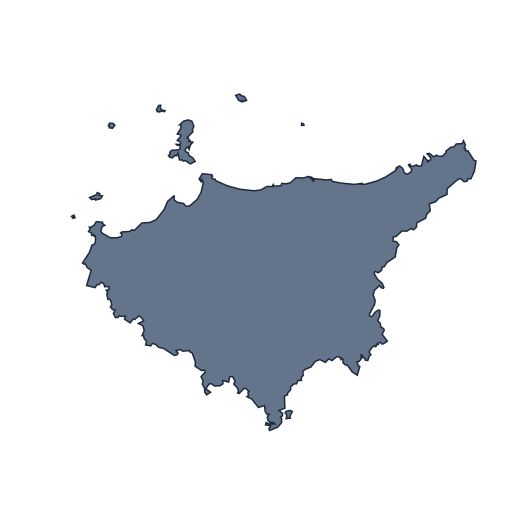 outline of Toscana, Siena, Italy, rotated 105°
{"feature_id": "23120603B95153686365028", "entity_name": "Toscana", "entity_type": "district", "adm_level": 2, "iso_a3": "ITA", "parent_name": "Italy", "parent_adm1": "Siena", "projection": "mercator", "projection_center": [10.807, 43.355], "detail": "fine", "context": "isolated", "style": "filled", "palette": "slate", "viewbox_px": 512, "rotation_deg": 105, "n_neighbors": 0, "source": "geoboundaries", "source_scale": "gbopen_adm2", "svg_char_len": 6132}
<svg xmlns="http://www.w3.org/2000/svg" viewBox="0 0 512 512"><g transform="rotate(105 256 256)"><path d="M131.8,140.5L134.6,143.6L133.8,142.5L134.1,142.0L135.1,142.3L134.7,143.1L137.6,143.5L146.3,151.4L152.5,159.0L158.6,169.4L159.3,172.8L158.1,171.6L161.4,179.6L163.6,192.9L164.2,201.6L162.5,203.1L164.1,206.7L166.4,220.5L165.2,223.4L167.0,221.9L167.0,219.1L167.5,221.2L168.8,218.9L168.6,220.8L165.8,223.6L166.5,223.3L165.8,224.6L166.8,223.6L166.2,224.5L166.8,225.6L165.7,224.7L165.6,226.1L168.3,230.2L170.1,237.7L176.3,241.7L178.6,245.9L179.2,249.9L181.8,250.2L184.1,257.9L181.5,257.6L184.1,258.2L184.7,257.9L185.9,263.4L191.1,268.6L193.6,275.2L195.7,289.1L195.6,301.8L193.7,314.1L192.3,315.6L192.9,317.8L191.8,319.2L190.3,318.5L188.9,319.6L190.4,329.1L196.3,330.9L197.8,329.1L196.5,329.6L196.0,328.3L197.0,328.7L198.3,326.6L197.0,326.6L198.5,325.9L208.8,325.5L216.6,327.5L224.5,332.8L226.2,336.4L224.0,339.6L224.5,346.0L222.9,349.6L219.6,350.6L219.9,349.7L219.2,350.9L226.0,355.5L235.1,356.8L246.5,361.7L250.9,366.8L253.7,374.8L262.9,380.2L262.6,382.4L265.0,384.4L267.5,391.8L268.9,392.8L269.5,391.2L271.7,390.9L274.3,394.7L276.1,401.4L273.7,410.6L272.1,412.3L267.6,412.3L265.5,410.0L264.1,413.0L263.1,413.0L264.2,419.2L268.0,420.3L271.0,422.9L271.3,424.5L272.8,423.3L275.8,424.1L276.1,421.3L278.6,420.0L277.6,419.2L278.5,418.5L278.6,417.4L278.2,417.9L277.7,417.8L278.2,416.6L282.2,415.0L286.0,414.9L288.1,417.3L295.5,417.8L307.7,421.8L308.4,420.0L307.7,419.0L311.0,415.8L312.5,411.5L328.4,412.0L328.2,403.2L324.7,402.2L324.3,400.2L321.3,398.7L322.4,395.7L324.8,394.3L323.9,393.4L324.5,392.9L323.6,390.0L326.3,389.5L327.9,391.8L329.3,389.8L331.5,390.3L336.2,387.8L335.9,385.5L339.9,382.8L342.9,383.5L344.9,380.4L344.6,378.0L348.4,378.9L351.9,375.8L350.9,373.2L348.9,372.7L349.1,369.8L347.8,366.4L351.0,366.7L353.2,360.3L348.3,358.2L348.7,356.7L344.2,353.6L345.1,350.8L347.6,347.7L351.6,352.1L352.6,347.3L356.9,344.7L362.4,345.5L362.1,344.0L364.7,342.7L366.7,339.6L370.5,339.6L370.0,334.4L367.2,333.5L367.4,329.9L369.4,326.3L369.2,321.4L373.2,309.1L372.1,306.9L370.0,306.1L368.0,308.7L366.0,305.1L366.9,302.1L364.6,296.0L365.6,295.5L366.2,292.5L374.0,287.1L378.2,286.3L380.7,279.0L379.6,276.1L381.4,275.0L386.7,277.9L390.3,274.7L393.7,274.7L396.9,271.6L401.0,270.1L402.9,267.8L399.4,264.6L397.2,270.1L391.7,268.2L390.9,265.9L392.3,262.4L390.7,257.3L388.0,254.8L384.9,255.9L384.9,249.8L379.4,250.1L378.5,247.5L382.4,243.7L385.4,244.4L388.2,239.9L391.3,237.8L393.0,238.3L393.2,236.7L387.1,233.4L386.6,231.2L388.8,227.7L389.6,228.5L392.9,227.2L394.2,228.4L395.4,222.8L401.7,214.4L398.2,209.1L404.0,206.8L406.2,204.1L405.4,202.4L409.0,203.4L411.9,201.7L413.0,199.6L412.4,195.9L413.3,194.1L414.9,200.4L414.2,203.0L416.7,203.1L416.0,197.9L419.3,198.9L421.0,197.7L415.6,190.6L410.3,188.2L406.8,189.0L405.6,190.6L403.5,189.1L401.1,189.6L399.4,193.8L395.5,188.7L384.1,192.3L381.9,189.6L380.6,190.1L376.2,187.9L373.7,188.7L369.7,186.3L369.0,183.8L365.4,183.3L364.4,179.9L361.3,180.8L359.1,179.4L355.8,180.9L353.0,179.4L349.0,174.2L342.4,171.4L339.5,167.5L340.8,161.4L336.6,159.2L337.4,155.5L332.8,152.3L331.8,149.9L332.7,148.3L332.2,147.3L334.1,147.2L333.2,145.1L336.3,144.5L337.9,142.1L338.1,139.1L343.0,133.2L345.0,127.3L335.9,127.1L335.5,128.6L332.2,131.2L331.2,129.1L327.8,127.7L324.3,128.9L324.7,127.0L326.4,126.6L326.7,124.4L328.3,123.6L328.1,121.0L322.9,120.6L321.7,119.4L319.4,122.0L314.3,120.3L311.8,117.9L312.6,117.3L311.9,116.5L310.0,116.5L309.8,115.0L308.8,115.9L307.3,113.6L308.4,111.9L308.0,110.3L304.2,107.1L299.1,113.9L294.6,112.9L293.1,113.9L292.2,117.1L288.8,118.6L287.0,121.8L281.9,120.9L276.5,122.2L276.5,123.8L279.5,126.4L284.4,128.3L284.9,130.3L282.9,131.4L272.0,128.9L268.1,129.4L263.4,132.7L258.5,132.7L252.7,129.1L254.3,126.7L254.2,124.6L253.2,124.3L249.7,127.1L246.9,132.8L242.4,137.3L240.7,137.3L240.0,136.7L240.6,133.7L239.1,132.3L237.2,131.0L233.8,131.3L233.3,129.4L228.3,127.8L220.9,121.3L211.5,122.1L208.3,120.8L205.8,124.1L206.2,127.5L202.3,128.3L200.5,125.5L194.0,121.4L193.0,116.8L189.1,113.1L190.1,111.0L189.1,110.0L186.6,108.5L182.4,109.3L175.6,101.9L171.6,101.9L167.2,99.4L160.7,102.1L157.3,96.7L152.8,94.3L147.1,87.4L141.6,88.8L130.6,81.4L128.2,78.8L130.3,74.4L130.0,73.1L129.0,71.4L126.5,71.3L125.9,68.4L117.2,67.0L107.3,68.1L106.9,70.6L99.5,78.5L100.0,81.2L98.0,81.3L97.8,82.9L94.7,82.4L91.0,85.4L94.0,85.8L96.0,91.6L99.1,92.8L100.6,96.0L105.6,99.7L106.7,99.1L111.4,101.8L112.4,105.1L111.9,108.0L114.2,109.8L112.0,115.0L112.9,117.2L116.1,112.5L118.1,112.2L119.0,113.9L121.4,114.5L119.7,114.9L116.3,119.6L126.3,119.5L127.2,123.5L126.4,124.6L128.9,127.9L128.8,130.0L127.4,131.2L128.7,132.3L132.2,127.7L135.3,128.4L138.0,131.4L137.1,134.4L133.5,136.9L131.8,140.5ZM180.4,339.2L177.5,342.6L176.2,346.8L173.7,348.3L173.4,351.3L171.4,351.8L167.9,350.1L170.4,348.2L165.8,348.1L161.8,346.2L163.3,348.1L161.7,349.3L162.6,350.6L159.9,351.3L159.6,353.2L152.3,349.1L150.9,350.1L146.7,349.6L142.4,352.9L142.1,356.8L144.5,360.9L149.0,363.7L148.4,362.4L152.2,361.7L158.6,363.6L158.4,360.3L159.4,359.5L164.8,362.0L165.2,359.1L166.6,357.9L167.9,358.3L168.8,361.9L169.5,360.6L168.6,357.9L171.9,357.2L173.5,358.2L175.7,364.8L178.1,366.2L180.0,365.2L181.5,366.6L182.9,364.9L182.8,362.1L179.7,360.3L179.9,358.8L176.9,358.0L183.0,354.8L182.3,352.3L183.2,351.3L182.2,348.5L184.1,343.3L180.4,339.2ZM240.8,420.9L237.7,419.9L237.9,423.4L236.1,423.1L235.9,425.8L238.0,425.9L242.6,431.9L244.0,429.4L242.6,426.0L243.5,425.4L240.8,420.9ZM108.0,305.4L104.9,308.6L105.0,311.4L103.8,313.7L106.1,317.2L110.0,313.2L110.8,310.1L110.4,308.9L109.3,309.4L109.6,307.1L108.0,305.4ZM396.7,180.7L396.4,183.3L398.3,186.7L399.9,187.3L401.7,185.0L405.4,184.8L403.6,180.8L402.1,181.8L396.7,180.7ZM139.3,381.4L139.2,385.2L137.7,386.8L135.1,387.0L135.6,388.8L140.4,390.1L142.2,388.7L141.3,387.6L142.0,386.6L140.1,384.3L140.4,382.0L139.3,381.4ZM169.8,427.7L166.3,426.2L165.6,426.8L164.9,429.1L165.6,431.8L168.4,432.4L168.6,431.1L170.1,430.9L169.8,427.7ZM265.9,440.7L263.6,442.4L265.9,445.0L265.2,442.3L266.9,442.7L265.9,440.7ZM117.4,243.5L116.3,244.0L115.9,246.3L118.1,245.9L117.4,243.5Z" fill="#64748b" stroke="#1e293b" stroke-width="1.5"/></g></svg>